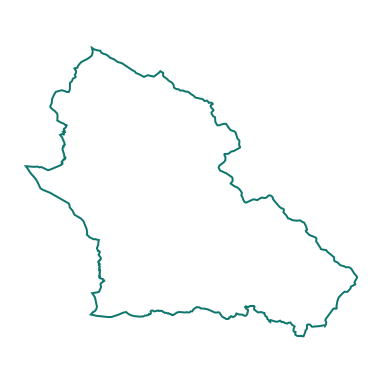 Mae Tha, Lampang, Thailand (Equal Earth projection), rotated 271°
{"feature_id": "78962969B93030636788506", "entity_name": "Mae Tha", "entity_type": "district", "adm_level": 2, "iso_a3": "THA", "parent_name": "Thailand", "parent_adm1": "Lampang", "projection": "equal_earth", "projection_center": [99.567, 18.089], "detail": "fine", "context": "isolated", "style": "outline", "palette": "teal", "viewbox_px": 384, "rotation_deg": 271, "n_neighbors": 0, "source": "geoboundaries", "source_scale": "gbopen_adm2", "svg_char_len": 5845}
<svg xmlns="http://www.w3.org/2000/svg" viewBox="0 0 384 384"><g transform="rotate(271 192 192)"><path d="M63.4,272.5L64.8,272.5L65.3,273.1L64.1,276.7L63.8,278.8L63.9,280.1L64.9,282.4L63.4,284.0L63.8,285.5L62.7,286.9L62.1,289.6L63.0,290.8L63.2,292.6L60.9,294.5L59.4,296.9L56.2,295.8L54.7,295.9L54.1,296.5L53.9,297.9L51.3,297.7L50.7,298.3L49.8,300.2L50.0,303.1L49.6,306.0L54.2,307.8L55.6,307.9L56.8,309.1L58.4,309.4L60.8,309.2L61.6,310.3L61.7,311.1L61.4,312.2L60.8,313.1L59.6,313.9L59.4,314.6L60.1,321.7L61.1,326.7L60.9,327.3L60.5,327.4L62.0,328.3L63.4,328.5L64.6,328.4L65.8,327.6L67.1,327.8L77.7,335.3L78.0,335.9L77.8,338.0L78.2,338.7L79.7,338.4L85.6,339.3L89.1,340.5L93.1,344.1L95.0,346.4L94.8,348.5L95.2,349.5L98.2,352.1L100.1,352.5L102.5,356.8L104.4,356.0L109.3,358.5L110.2,358.4L113.8,355.3L117.8,352.8L119.0,351.4L119.6,349.6L119.4,347.3L120.5,345.2L121.1,342.5L121.7,341.2L124.1,338.8L125.3,335.8L126.6,335.3L129.2,335.2L134.6,328.4L136.3,327.1L136.8,323.0L137.2,321.8L139.0,321.1L140.3,319.9L141.0,319.7L144.8,317.0L147.7,317.2L148.6,316.5L151.1,310.1L154.5,306.6L155.3,306.5L156.1,307.6L156.6,307.7L158.4,306.9L159.2,306.9L163.3,304.7L164.1,302.7L165.4,300.9L165.4,299.1L165.1,297.6L165.6,292.7L166.6,291.1L167.5,288.4L170.4,286.6L173.3,283.8L175.5,284.2L176.4,283.9L177.0,283.1L177.4,281.4L179.0,279.4L185.8,273.5L186.6,273.0L188.1,272.8L189.2,271.6L189.8,270.7L190.0,269.5L189.8,268.5L188.2,267.1L187.4,265.8L187.2,264.5L187.7,262.3L187.1,260.7L185.0,257.3L185.6,255.0L185.6,253.1L182.6,247.0L182.4,245.8L182.8,244.9L185.1,243.4L187.6,242.6L189.4,241.4L192.0,241.9L194.5,240.3L197.0,237.8L198.6,234.2L201.1,230.5L203.8,232.4L206.5,232.3L207.5,231.7L211.3,226.0L213.9,219.8L216.6,218.3L217.7,218.3L219.1,219.2L222.2,223.2L224.3,224.8L227.7,224.8L229.6,223.7L230.5,223.9L231.0,228.1L232.9,230.1L233.9,233.5L237.2,239.1L237.7,239.3L239.7,238.3L244.1,238.5L246.3,236.5L252.4,234.5L253.5,232.9L254.4,229.9L255.4,228.7L260.7,224.9L260.8,223.9L260.6,222.2L259.0,217.2L259.2,216.2L259.9,215.6L262.7,214.1L267.1,213.7L268.2,211.8L270.7,210.2L272.0,210.1L273.9,212.0L274.7,211.8L276.4,210.0L278.2,209.1L279.0,209.4L280.4,211.2L281.3,210.6L281.7,209.3L281.5,207.1L282.6,206.6L283.6,205.4L283.2,203.0L284.7,201.5L285.2,200.4L286.5,193.6L288.6,191.6L289.6,189.6L291.3,187.6L292.1,186.0L292.4,183.4L293.3,181.3L293.2,178.5L294.6,176.4L294.5,175.2L295.5,172.8L296.4,172.1L299.1,171.6L301.0,170.0L302.8,166.9L304.9,164.7L307.0,161.6L308.1,161.0L310.6,161.1L312.2,158.2L310.5,156.7L306.7,151.8L308.0,145.7L306.2,142.0L309.1,136.5L309.9,134.0L311.5,132.7L313.5,129.0L319.5,119.8L320.7,115.5L323.5,111.4L323.7,110.4L324.2,109.7L324.6,107.9L326.1,106.5L327.9,103.8L328.7,100.9L329.8,98.8L331.7,97.9L331.8,95.7L332.8,92.0L334.4,89.4L330.8,90.3L327.6,89.8L326.0,88.8L323.0,84.8L321.2,81.1L319.7,78.7L316.3,75.9L314.5,75.4L314.0,74.6L313.8,72.9L313.4,72.3L311.0,74.0L308.7,73.8L306.9,72.7L305.1,73.7L304.3,73.0L303.2,70.9L300.7,70.0L298.9,68.1L292.8,68.1L290.2,67.4L289.8,66.9L289.8,65.5L291.4,60.6L291.3,59.3L289.8,54.2L288.1,53.0L282.7,50.5L278.3,50.2L275.4,48.8L274.6,48.8L273.1,50.0L270.5,53.5L268.1,55.7L266.2,56.2L261.1,56.1L259.0,60.1L258.1,62.7L257.1,63.6L256.8,65.3L256.4,65.5L255.7,64.8L255.0,65.0L253.8,64.2L253.2,63.1L252.7,62.8L251.8,62.8L251.1,63.5L250.1,62.1L249.7,62.7L249.8,63.6L249.4,63.9L248.5,62.5L247.3,62.8L247.2,62.2L247.9,61.3L246.7,59.1L244.1,61.4L242.2,61.9L241.7,62.5L240.6,62.6L239.0,63.6L238.0,63.6L237.2,64.0L236.0,62.6L235.6,62.9L235.3,62.5L234.7,62.7L234.4,62.2L232.7,61.7L226.8,63.6L225.3,63.6L224.6,64.5L223.9,64.2L223.7,64.6L222.7,63.5L222.5,64.0L221.9,63.3L221.8,62.6L220.9,62.2L220.4,61.4L219.7,61.1L219.0,61.9L218.6,61.6L217.8,61.9L217.2,60.7L216.7,60.7L211.8,49.5L211.3,47.6L214.3,41.0L214.0,38.8L214.7,37.1L214.4,33.8L214.9,25.5L208.0,30.3L203.0,34.9L199.8,37.1L193.0,40.4L191.6,42.8L188.8,50.0L178.5,68.8L177.5,69.5L174.5,70.0L171.4,72.8L167.3,74.8L163.4,81.6L161.1,83.9L152.8,87.4L148.7,87.9L147.5,87.6L146.1,89.3L145.1,90.1L143.0,94.5L143.2,96.0L142.3,99.7L139.8,99.2L138.0,99.3L134.1,97.9L132.4,98.6L131.9,99.2L131.3,99.2L131.3,100.1L130.9,100.7L130.0,100.8L127.6,99.7L124.6,101.9L123.1,101.9L122.6,101.0L121.9,101.0L121.5,100.0L120.4,99.4L119.4,100.3L118.7,100.1L118.3,100.9L117.8,100.2L117.2,100.1L116.8,100.7L115.7,101.2L114.9,100.5L113.5,101.1L113.1,100.3L112.4,100.6L112.2,101.3L111.6,101.5L111.3,101.4L111.2,100.9L109.7,101.4L108.7,100.9L107.4,101.4L106.8,100.8L106.0,101.3L105.7,100.7L105.0,100.7L104.3,101.2L103.5,104.2L102.8,104.4L102.2,105.5L101.8,105.1L101.4,105.5L99.0,102.3L97.7,102.1L95.6,102.8L90.7,100.9L90.2,100.0L89.1,94.0L85.0,96.8L75.6,99.0L72.8,98.2L71.0,96.7L70.0,94.9L67.7,93.0L66.5,99.0L65.5,110.7L65.6,113.6L68.0,120.5L70.2,125.4L70.8,128.2L69.1,130.4L68.0,132.4L66.9,136.3L66.5,141.4L66.7,145.5L67.5,146.8L67.8,148.1L67.7,148.9L68.1,149.5L68.3,150.7L69.3,151.1L69.1,152.1L69.3,152.6L70.1,153.0L71.9,152.7L72.7,153.5L72.9,154.5L72.1,155.8L72.0,157.0L72.6,158.5L72.6,159.4L72.9,160.2L72.5,160.8L72.7,161.3L72.4,162.2L72.7,162.8L72.5,164.3L71.4,165.3L71.1,166.5L70.7,166.9L70.8,168.5L70.1,169.7L70.4,170.7L70.0,171.0L69.2,173.7L68.6,174.1L68.7,175.5L71.2,179.1L71.8,181.1L71.4,187.5L71.8,188.8L71.4,190.2L71.6,191.6L72.6,192.8L72.7,194.3L74.9,195.6L77.1,199.0L76.8,199.8L76.8,201.3L75.7,203.0L75.5,207.2L74.7,210.5L71.9,217.0L71.9,218.9L72.2,220.1L72.1,221.0L71.8,221.6L68.2,224.1L67.2,225.4L66.4,227.3L65.7,228.1L65.6,230.1L66.1,231.1L67.2,231.4L67.3,232.4L68.5,233.0L68.4,233.6L67.6,235.2L68.6,237.0L69.4,237.8L71.3,238.5L70.3,241.4L70.3,244.3L69.1,246.9L69.3,247.9L69.7,248.5L71.8,249.6L74.6,250.1L75.4,249.8L76.5,248.0L78.0,247.1L78.6,247.9L77.9,250.3L79.0,252.0L79.1,255.7L78.6,256.5L76.5,256.0L75.5,256.3L72.8,260.0L73.1,263.0L72.3,266.5L71.0,266.6L70.1,267.4L69.1,267.7L68.1,269.2L66.3,269.6L65.4,270.9L64.0,271.5L63.4,272.5Z" fill="none" stroke="#0f766e" stroke-width="2"/></g></svg>